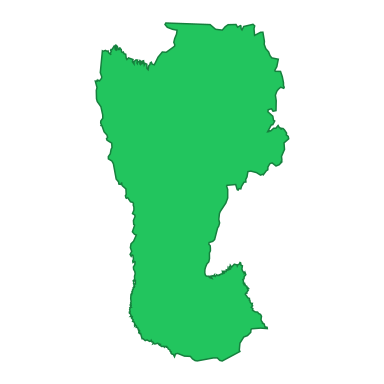 outline of Shabunda, Sud-Kivu, Democratic Republic of the Congo
{"feature_id": "63176286B28648737127916", "entity_name": "Shabunda", "entity_type": "district", "adm_level": 2, "iso_a3": "COD", "parent_name": "Democratic Republic of the Congo", "parent_adm1": "Sud-Kivu", "projection": "equal_earth", "projection_center": [27.534, -3.007], "detail": "fine", "context": "isolated", "style": "filled", "palette": "green", "viewbox_px": 384, "rotation_deg": 0, "n_neighbors": 0, "source": "geoboundaries", "source_scale": "gbopen_adm2", "svg_char_len": 5993}
<svg xmlns="http://www.w3.org/2000/svg" viewBox="0 0 384 384"><path d="M267.3,328.6L267.1,327.3L264.9,326.8L264.2,324.0L262.5,323.3L262.7,322.5L261.6,321.3L261.0,319.5L261.5,316.3L260.5,314.4L258.6,313.5L257.6,312.1L255.2,311.9L252.5,310.2L252.9,308.7L251.3,307.3L252.6,305.8L252.0,305.0L252.3,303.5L251.5,303.7L250.1,302.1L249.9,300.4L249.4,300.4L249.4,298.4L247.9,297.9L245.3,294.2L245.6,293.3L246.9,293.1L246.7,292.4L248.1,290.4L247.7,290.4L247.9,288.7L248.5,288.5L247.3,287.2L247.0,287.6L246.6,286.1L245.2,285.6L245.1,284.4L244.1,284.5L244.4,283.2L243.4,283.1L243.4,280.8L242.8,279.6L244.0,278.8L244.2,276.6L245.8,274.7L245.1,272.7L244.3,273.3L244.4,272.4L244.0,272.8L242.6,271.0L241.9,269.1L242.4,265.8L241.0,265.1L240.6,262.8L240.0,262.5L239.2,264.2L237.9,264.7L237.3,265.9L237.1,264.9L234.3,264.2L231.6,267.1L230.3,265.3L230.1,266.7L229.5,266.8L229.9,268.0L229.3,268.2L230.5,268.9L229.7,269.5L228.8,269.4L228.1,268.0L227.8,270.2L226.3,269.8L226.2,271.5L224.8,271.2L224.5,272.6L223.4,271.5L223.2,272.7L222.5,271.9L222.6,272.9L223.2,273.4L222.2,274.0L221.2,273.9L219.5,275.1L219.3,274.1L219.1,275.2L217.9,275.6L216.7,274.7L215.2,276.5L214.3,275.8L214.4,274.9L213.3,276.1L212.0,275.7L211.3,277.2L212.0,278.4L210.3,277.8L210.7,276.7L210.1,276.1L209.2,277.1L208.5,276.2L206.4,276.2L205.3,274.9L204.8,272.9L204.9,269.7L205.6,267.0L206.9,263.9L208.8,261.8L209.5,258.5L209.4,252.9L210.4,250.8L210.4,248.3L210.2,245.8L208.8,244.2L209.1,242.5L212.7,241.4L214.6,239.6L217.6,227.9L218.7,226.2L219.6,222.9L218.8,219.4L219.4,213.7L220.2,211.6L225.8,203.1L227.7,198.0L227.7,189.5L226.6,186.2L227.0,185.3L235.7,184.5L237.2,189.6L238.1,190.1L239.0,188.6L240.8,188.9L241.6,186.2L244.0,182.2L245.9,182.0L245.7,179.5L247.0,176.9L247.9,171.6L250.8,171.1L256.5,172.6L260.5,175.1L262.8,174.3L263.3,174.8L266.3,170.8L267.8,169.8L267.9,167.0L269.9,163.6L272.1,162.9L276.0,166.0L279.2,164.7L281.5,162.3L280.9,162.3L281.9,160.2L281.5,156.4L284.5,149.4L284.0,142.9L288.7,138.8L288.2,136.4L286.3,134.9L286.6,133.1L284.4,129.8L283.0,128.5L281.5,128.4L281.1,129.7L281.0,128.2L279.4,127.7L278.1,125.5L275.8,128.3L273.7,128.2L270.6,131.0L269.5,130.7L269.0,131.6L267.6,131.8L271.3,124.9L272.8,124.7L274.7,121.0L273.5,120.3L272.8,116.2L267.9,111.8L268.2,109.7L271.5,108.8L273.0,111.2L276.0,110.6L276.2,100.7L275.4,95.2L276.8,91.3L278.3,89.3L280.7,87.2L283.7,88.3L284.2,87.3L283.5,85.5L283.5,82.8L282.3,76.7L280.5,71.4L275.3,71.3L274.8,70.3L276.8,66.7L278.3,59.2L271.8,57.9L270.0,55.6L268.6,51.9L265.8,48.7L264.2,44.3L264.4,41.3L262.9,32.2L260.5,32.3L254.6,35.4L254.0,28.7L254.7,25.9L253.0,24.3L243.7,26.5L242.0,29.9L241.1,28.7L240.9,25.9L240.4,25.6L237.6,27.2L236.0,24.5L228.1,24.7L225.2,26.7L222.3,30.1L215.6,29.3L210.1,24.6L165.8,23.0L165.0,24.5L167.3,27.3L172.5,29.3L177.1,30.2L176.5,34.2L174.7,38.5L173.8,42.3L174.7,44.6L174.6,46.2L166.2,52.3L162.3,52.0L158.1,57.1L154.3,64.8L152.2,64.2L151.3,62.2L150.3,62.9L149.9,64.6L148.7,65.9L148.1,69.7L146.9,68.4L146.8,64.2L144.9,63.3L144.2,64.9L143.7,61.7L142.6,63.5L142.0,63.4L141.8,62.4L143.1,61.5L143.0,60.9L141.3,61.6L141.0,64.3L140.5,64.7L139.8,63.7L140.4,61.0L139.9,60.5L139.2,61.9L137.8,61.6L137.3,63.6L136.9,62.9L137.6,60.1L136.0,59.9L133.9,61.7L134.0,63.9L132.4,61.8L133.0,59.5L128.5,57.9L126.9,59.5L126.2,58.1L125.7,54.2L124.1,53.8L123.3,52.0L122.3,52.4L121.6,51.9L121.2,49.4L120.1,48.5L119.9,47.4L119.2,49.5L118.5,49.5L117.3,46.4L115.9,45.1L115.5,45.8L116.8,49.9L116.2,50.3L115.2,49.3L114.9,46.9L114.2,46.0L111.9,49.6L111.0,49.5L110.6,50.4L111.3,51.3L110.3,53.2L111.0,54.8L108.7,52.8L108.0,50.9L107.1,51.4L105.5,50.4L103.0,51.3L102.4,50.9L100.3,72.6L101.7,76.6L101.6,78.2L99.5,80.9L98.4,80.3L97.6,81.0L97.2,80.2L96.6,81.2L95.3,81.1L97.0,87.5L96.3,90.4L96.5,98.8L97.3,101.6L100.9,106.7L102.7,114.8L102.8,118.2L100.8,121.0L100.7,123.0L101.4,124.7L101.0,125.5L102.0,125.8L104.1,131.8L107.0,135.1L107.6,137.4L106.5,138.7L107.1,140.3L111.7,143.1L112.0,147.6L111.1,149.3L110.3,153.7L108.3,156.7L108.4,158.9L111.9,161.0L113.4,163.8L116.2,179.1L118.5,181.8L118.9,184.1L120.7,184.4L121.8,182.5L121.6,184.2L122.3,185.7L125.9,188.9L126.2,194.4L125.4,195.7L125.9,197.8L126.4,198.3L127.7,197.7L130.5,201.8L132.8,202.4L133.5,203.7L133.2,205.0L133.9,207.1L133.9,210.1L132.5,213.6L134.8,215.0L135.0,216.6L133.4,220.6L133.7,224.4L134.5,224.9L134.5,225.6L132.4,231.8L134.5,234.3L136.3,235.0L133.6,241.2L131.0,243.8L130.4,247.7L131.7,251.4L130.1,254.4L131.2,256.3L132.1,254.9L132.9,255.3L133.5,259.1L132.7,261.0L133.0,262.5L134.6,261.4L135.1,261.9L134.8,264.6L133.4,267.0L133.6,269.3L134.8,271.4L135.2,273.9L134.5,276.2L134.6,279.4L133.2,280.7L133.6,281.9L134.0,280.7L135.4,280.5L135.4,284.0L133.7,283.8L134.5,286.3L133.9,286.4L134.2,287.4L133.2,287.7L133.1,289.5L132.5,289.9L132.4,291.5L131.9,291.8L132.3,293.0L131.5,293.5L131.6,294.6L131.0,294.6L130.7,298.5L131.1,301.7L130.6,303.0L131.1,303.8L130.2,304.9L130.4,305.7L131.1,305.6L130.6,307.1L131.0,307.3L129.8,307.8L130.1,308.6L129.6,309.6L130.2,311.3L129.3,312.1L130.0,312.8L129.6,313.3L130.6,314.1L131.0,315.9L130.7,316.2L131.4,316.1L131.4,317.4L132.2,317.1L131.9,318.5L133.2,319.8L132.6,321.4L133.8,321.7L134.7,323.6L134.6,324.9L135.1,324.8L134.9,325.8L135.5,325.3L136.4,325.9L136.2,327.4L137.6,327.5L138.5,330.2L139.2,330.2L139.4,331.6L138.9,331.4L138.8,332.3L139.3,332.0L139.1,332.6L139.7,333.6L140.6,333.5L142.1,338.8L143.1,338.7L145.2,340.6L147.0,339.9L149.6,341.4L150.9,341.1L151.2,340.4L152.0,342.0L152.7,341.9L153.4,342.8L153.0,343.7L153.8,343.3L154.8,344.0L157.8,343.2L159.2,344.8L159.4,344.3L160.1,345.1L160.5,344.7L160.6,345.7L161.6,346.5L163.5,346.3L164.3,347.1L164.5,346.5L166.5,346.5L166.4,347.2L167.6,347.4L168.2,348.9L169.9,350.0L170.2,351.4L171.2,352.0L170.9,352.9L172.0,354.1L173.4,354.5L174.5,356.7L175.5,353.9L177.7,353.4L184.4,356.1L190.4,356.4L192.5,358.9L195.1,360.6L197.3,360.9L213.5,357.9L217.3,357.9L219.8,360.4L222.2,361.0L239.9,351.5L239.3,350.1L239.9,343.2L243.8,337.0L247.5,335.6L250.7,332.4L251.0,329.5L251.8,328.8L260.5,328.1L267.3,328.6Z" fill="#22c55e" stroke="#15803d" stroke-width="1.5"/></svg>